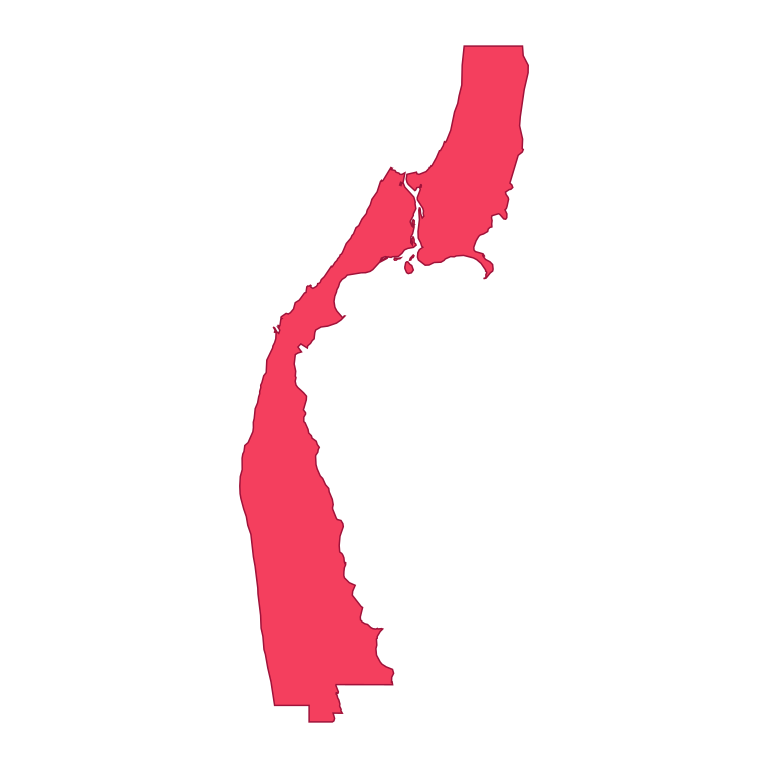 Mandurah, Western Australia, Australia (Natural Earth projection)
{"feature_id": "25037944B7523913669113", "entity_name": "Mandurah", "entity_type": "district", "adm_level": 2, "iso_a3": "AUS", "parent_name": "Australia", "parent_adm1": "Western Australia", "projection": "natural_earth1", "projection_center": [115.702, -32.629], "detail": "fine", "context": "isolated", "style": "filled", "palette": "rose", "viewbox_px": 768, "rotation_deg": 0, "n_neighbors": 0, "source": "geoboundaries", "source_scale": "gbopen_adm2", "svg_char_len": 6126}
<svg xmlns="http://www.w3.org/2000/svg" viewBox="0 0 768 768"><path d="M392.6,684.7L392.1,681.8L391.5,682.0L391.7,677.2L393.6,673.3L392.5,669.4L386.0,666.8L382.0,664.2L380.1,661.9L376.5,655.2L375.9,648.7L376.8,645.2L376.4,639.0L377.2,638.3L377.2,636.5L380.2,631.5L382.7,629.0L381.6,628.6L378.1,629.0L377.4,628.4L375.9,629.1L372.9,628.7L370.7,627.5L367.6,624.5L364.8,623.8L361.8,621.9L361.7,620.8L360.5,619.8L360.3,616.9L362.6,607.5L361.1,606.5L352.3,595.2L352.7,591.2L355.2,585.3L349.3,582.7L344.5,577.9L343.8,575.5L343.9,571.7L344.4,567.6L345.6,564.9L345.7,562.7L345.1,562.4L345.2,564.4L344.3,561.8L343.9,557.8L342.9,555.2L341.9,553.6L339.7,551.9L339.2,545.5L340.0,536.2L343.3,526.7L342.9,523.7L341.0,520.5L337.2,519.5L336.3,518.2L332.7,509.2L332.5,507.8L333.2,504.6L332.3,499.3L329.2,491.9L328.7,488.4L325.5,484.7L322.7,478.5L320.2,475.9L317.2,469.0L316.0,464.6L315.6,456.6L315.7,455.4L317.8,452.2L318.2,449.6L319.3,447.3L317.3,444.6L316.2,441.2L312.1,438.2L311.4,435.8L308.7,433.0L308.0,429.3L305.1,422.8L303.8,421.6L303.8,417.2L305.6,414.0L305.5,412.6L303.4,409.9L306.3,399.9L306.5,396.2L303.6,392.8L297.7,387.4L296.0,385.0L295.2,381.2L296.0,377.6L295.3,376.2L295.7,371.2L294.2,364.0L295.3,354.6L297.7,353.1L301.5,351.9L297.9,347.0L300.8,343.9L307.3,348.0L307.7,345.8L310.5,343.4L312.3,340.5L314.1,338.9L314.8,332.6L315.7,330.0L321.0,327.0L327.8,326.1L336.5,323.1L341.1,319.9L344.9,316.0L344.3,315.9L343.3,317.3L342.2,317.2L336.9,311.1L334.9,307.3L334.0,301.4L334.8,296.2L336.5,291.9L336.8,289.9L338.5,286.7L339.7,282.6L342.1,279.4L345.3,277.3L347.2,275.1L361.2,272.8L365.6,272.7L370.1,271.4L372.8,269.6L379.3,262.5L387.2,258.3L387.6,257.2L383.2,259.3L382.0,258.9L380.9,260.8L380.2,261.0L381.4,258.1L385.2,256.6L391.2,257.4L392.4,256.7L398.4,256.4L402.0,253.2L404.4,249.9L407.8,248.4L413.4,247.4L416.1,245.1L415.5,243.7L414.1,242.7L414.1,239.6L413.2,237.0L412.7,237.0L412.9,237.7L411.7,239.6L412.3,242.0L412.2,244.8L410.7,242.7L410.9,236.8L412.6,233.6L414.0,227.5L414.2,220.6L413.1,219.7L412.0,222.2L412.7,224.6L413.6,224.7L412.9,225.1L413.2,225.6L412.6,226.1L412.7,226.8L411.8,226.0L410.2,222.2L410.2,221.2L413.3,215.5L413.3,213.9L415.8,208.7L415.0,203.6L415.2,202.2L413.8,197.1L404.8,187.1L403.1,182.8L401.5,183.8L401.0,185.6L399.6,185.1L400.6,182.2L402.0,182.7L403.1,182.3L404.9,172.8L402.0,174.4L399.9,174.3L398.9,173.1L396.1,172.3L395.0,170.5L391.3,169.6L392.0,168.5L391.3,168.6L391.6,167.9L390.9,167.5L383.0,180.5L381.8,181.2L381.5,180.4L380.5,181.4L377.1,191.9L371.9,199.3L370.2,205.0L367.2,210.1L366.4,213.5L361.9,219.2L358.8,225.6L356.0,227.7L353.5,233.9L352.0,235.5L350.8,238.2L346.3,243.5L342.6,252.2L341.4,254.2L340.3,254.7L339.5,256.8L337.7,258.8L336.9,260.5L335.0,262.4L332.5,266.4L331.9,266.9L331.3,266.3L324.3,276.7L321.3,279.6L320.2,282.3L319.3,283.2L317.7,283.6L317.4,285.1L316.4,286.4L312.9,288.4L310.9,287.2L311.0,285.6L310.4,285.2L309.1,286.2L307.7,286.0L306.8,286.9L306.0,292.5L304.5,293.0L299.3,300.1L295.2,302.7L293.5,309.0L290.4,312.7L288.3,314.0L286.1,313.4L281.2,316.8L280.9,318.0L282.0,318.5L280.8,319.4L280.0,325.2L279.4,325.9L277.5,325.2L279.4,326.4L278.8,327.6L278.0,327.3L279.8,330.1L278.7,333.4L276.9,331.9L274.6,327.9L273.2,327.0L275.1,330.1L274.3,332.8L275.0,331.6L276.1,333.1L275.8,338.7L274.6,342.6L272.9,346.0L272.6,348.0L266.8,360.1L266.2,372.6L263.7,375.8L261.9,382.6L260.7,385.2L260.8,387.7L259.7,391.4L259.7,393.8L258.7,396.7L257.6,402.9L255.2,408.6L254.2,418.6L253.3,422.2L253.4,427.7L252.9,431.7L248.1,442.6L244.8,445.5L244.0,451.5L242.8,454.0L242.1,458.1L242.2,469.7L240.3,476.5L239.8,486.0L240.1,493.7L240.9,498.4L243.7,508.9L246.3,516.5L247.8,525.3L250.9,534.3L253.4,556.8L255.1,566.2L257.8,588.2L258.0,593.9L260.6,615.3L261.1,628.2L262.9,636.3L264.0,649.6L265.4,654.4L267.8,668.0L271.0,681.8L274.6,705.4L309.1,705.4L309.1,721.9L332.4,721.9L333.9,720.9L334.6,718.5L333.1,713.1L342.3,713.2L340.9,710.7L341.1,709.3L339.6,706.1L339.9,704.0L338.8,699.9L337.7,698.0L337.0,695.1L336.1,694.1L336.2,692.8L336.7,692.7L337.0,693.5L338.1,693.1L338.4,691.9L335.9,685.5L336.1,684.6L392.6,684.7ZM464.2,46.1L462.2,65.2L461.8,85.0L459.1,95.9L457.8,103.4L454.6,111.9L450.8,130.2L446.8,140.2L445.6,142.3L444.5,141.7L443.2,145.8L440.5,150.6L439.5,150.7L436.4,157.9L432.5,164.9L431.5,166.2L430.9,165.8L429.6,167.8L429.1,167.7L429.1,168.3L426.0,171.6L419.0,174.4L416.9,173.8L416.4,172.3L417.1,172.0L407.0,174.3L407.0,173.8L406.2,179.1L407.0,182.4L408.2,184.4L414.8,190.6L415.6,190.1L416.8,187.6L419.9,187.1L420.6,184.7L421.1,184.7L421.4,185.8L420.9,186.4L421.2,187.0L419.7,187.7L420.2,189.7L417.2,197.6L417.3,199.8L422.7,208.1L423.5,210.9L423.2,213.6L423.8,216.2L422.2,218.0L420.6,213.7L420.2,209.1L419.8,208.0L419.3,207.9L418.8,210.2L419.4,219.8L418.0,231.4L418.2,238.1L420.6,242.7L421.6,246.1L422.8,247.2L419.4,249.6L417.8,252.7L417.4,257.1L418.4,260.0L425.1,265.2L429.0,265.0L434.2,262.5L441.0,262.2L444.1,260.4L445.4,258.9L450.6,256.6L454.3,256.8L456.4,255.9L463.6,255.4L473.4,257.9L476.8,259.7L481.1,263.4L485.6,270.0L485.6,271.1L486.6,272.0L486.7,273.0L485.9,274.4L485.9,277.7L483.5,278.5L484.7,278.5L486.1,278.1L490.3,272.9L492.7,271.0L493.1,269.1L492.6,264.5L490.0,261.8L485.5,259.4L483.2,256.4L482.5,254.6L484.8,256.6L483.0,253.8L475.4,251.6L474.0,250.0L473.8,247.2L476.1,240.8L478.7,236.4L480.2,235.0L483.6,233.9L487.7,231.5L488.2,229.1L489.8,227.5L491.9,226.9L491.7,223.8L492.1,220.6L491.5,217.7L492.0,215.7L498.6,213.7L499.8,214.4L503.7,218.9L505.7,219.2L506.8,217.7L506.9,213.9L505.0,209.8L506.3,208.6L507.0,206.5L508.6,199.2L508.1,197.4L506.0,194.4L505.5,192.1L509.2,189.6L510.9,189.3L512.8,187.5L511.8,184.8L509.9,183.1L518.2,155.3L522.3,152.0L523.3,149.5L522.2,148.6L522.6,139.1L519.6,125.8L520.3,116.7L524.2,89.6L528.1,72.8L528.2,65.3L523.2,55.6L522.5,46.1L464.2,46.1ZM404.9,268.6L406.6,272.6L408.2,273.6L411.4,272.8L413.3,270.0L411.7,265.5L409.9,264.4L407.8,261.8L406.7,261.8L405.7,262.7L404.8,267.0L404.9,268.6ZM414.0,255.8L413.2,255.0L410.2,258.2L409.6,260.2L410.8,260.0L411.6,258.1L413.1,257.5L414.0,255.8ZM394.0,259.5L394.6,260.2L396.3,260.1L397.5,259.0L400.0,258.7L400.9,257.8L398.5,258.3L394.5,258.2L394.0,259.5Z" fill="#f43f5e" stroke="#9f1239" stroke-width="1.5"/></svg>